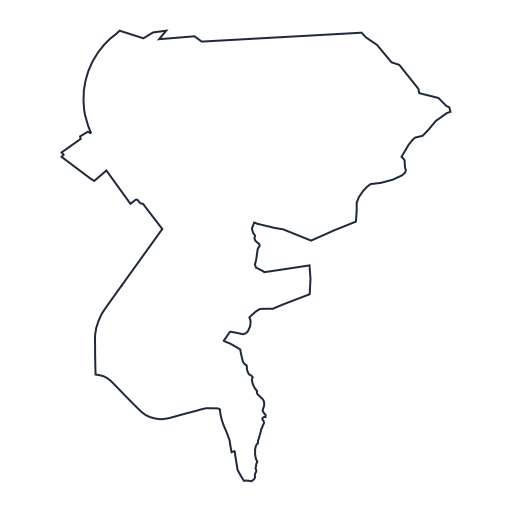 Kosofe, Lagos, Nigeria (Albers equal-area conic projection)
{"feature_id": "59680162B6009908161486", "entity_name": "Kosofe", "entity_type": "district", "adm_level": 2, "iso_a3": "NGA", "parent_name": "Nigeria", "parent_adm1": "Lagos", "projection": "albers", "projection_center": [3.4, 6.587], "detail": "fine", "context": "isolated", "style": "outline", "palette": "slate", "viewbox_px": 512, "rotation_deg": 0, "n_neighbors": 0, "source": "geoboundaries", "source_scale": "gbopen_adm2", "svg_char_len": 3975}
<svg xmlns="http://www.w3.org/2000/svg" viewBox="0 0 512 512"><path d="M95.8,374.6L98.7,375.0L101.2,375.6L103.7,376.3L106.6,377.8L108.7,379.2L110.9,381.0L117.4,387.6L125.9,396.4L133.3,403.9L140.2,410.7L140.9,411.4L142.7,412.8L144.7,414.3L145.7,415.1L150.4,417.2L153.6,418.1L154.7,418.4L158.7,419.1L162.3,419.2L168.4,418.3L174.3,416.7L179.6,415.2L182.1,414.5L197.0,410.6L202.5,409.0L206.0,408.3L207.1,408.2L212.3,408.3L216.3,408.3L217.7,408.4L219.3,409.0L220.0,409.6L220.0,409.9L219.9,410.1L220.0,411.1L220.4,413.9L221.9,420.5L224.0,426.2L226.4,431.8L226.7,432.6L227.4,434.3L229.2,439.3L229.6,440.5L229.7,441.1L229.8,441.7L229.9,442.5L230.1,444.0L231.0,449.2L231.6,452.2L232.3,451.9L233.6,451.5L234.4,451.2L234.7,451.5L234.9,452.4L235.2,455.4L236.9,465.6L237.6,470.0L241.6,477.2L243.9,480.8L245.8,480.6L248.2,480.7L250.1,481.0L251.4,481.3L252.5,480.5L253.9,479.4L254.9,477.8L255.1,477.1L254.9,475.6L254.9,474.9L255.2,473.6L255.6,472.7L256.1,471.9L256.3,471.1L256.2,470.4L256.1,469.6L255.6,468.9L255.5,468.5L255.6,467.9L255.9,467.1L256.1,465.2L256.2,464.5L256.6,463.2L257.3,461.8L256.9,460.9L256.0,459.0L255.5,457.0L255.4,455.7L255.2,455.1L255.0,453.9L255.1,452.5L255.1,452.0L255.1,450.3L255.2,448.9L255.3,448.1L255.8,446.3L256.6,444.5L257.2,443.8L257.8,443.5L258.0,441.8L258.1,440.5L259.0,437.9L261.0,430.6L261.1,430.3L261.1,429.5L261.3,428.9L262.0,428.1L262.4,426.6L262.8,425.6L263.4,424.4L263.8,423.6L264.1,423.0L263.5,420.8L262.8,420.1L262.5,419.6L262.3,418.9L262.4,418.5L262.6,418.1L263.3,417.4L264.0,417.0L264.8,417.0L265.5,417.1L265.6,416.7L265.6,415.6L265.6,414.9L264.7,414.0L263.5,412.4L262.6,410.7L262.8,409.8L263.3,408.1L263.9,406.5L264.2,404.8L264.2,403.2L263.9,401.6L263.4,400.3L262.7,399.2L261.4,397.9L258.9,395.5L257.7,394.4L257.1,393.4L256.9,392.7L256.9,391.9L257.1,391.0L256.7,390.6L255.2,388.7L254.2,387.1L253.3,385.2L252.5,383.0L252.1,381.0L251.9,379.7L251.9,379.1L252.6,377.9L252.7,377.2L251.6,375.9L250.4,375.0L249.3,374.6L248.3,373.1L247.5,371.2L247.2,370.2L246.9,369.0L246.9,367.2L246.5,365.2L245.6,364.9L244.0,363.4L243.0,361.7L242.0,358.1L241.1,354.2L240.2,349.4L231.3,344.2L229.7,343.4L226.9,342.3L224.2,341.1L224.2,340.8L223.9,340.6L229.8,332.0L230.2,331.7L237.1,332.9L242.7,334.2L243.4,334.1L244.2,333.8L245.3,333.5L246.0,333.0L247.0,332.2L247.8,331.3L248.4,330.3L248.9,329.0L249.4,328.0L250.2,325.8L250.5,323.5L250.6,322.0L250.2,319.4L249.4,317.4L251.5,315.3L255.6,311.7L259.4,309.2L261.3,308.9L271.1,308.7L272.1,309.0L283.7,304.2L293.0,300.6L309.7,294.2L310.5,278.8L309.5,265.4L264.3,272.2L264.2,271.8L255.9,267.5L254.9,264.5L256.2,259.7L257.7,249.0L259.6,245.9L259.5,244.4L255.4,240.8L254.4,238.1L255.1,235.7L252.9,232.4L251.9,228.5L254.2,222.5L257.4,223.8L274.5,227.9L283.0,229.3L311.1,240.6L334.7,230.1L355.9,221.6L356.7,211.1L356.7,202.7L358.9,197.1L363.2,190.8L366.7,187.1L370.5,184.1L380.7,182.9L392.7,179.7L399.4,176.6L402.3,175.2L405.3,172.4L405.8,169.9L405.0,167.5L404.8,164.5L404.6,160.4L403.2,158.4L401.5,156.8L408.8,144.5L412.8,139.6L415.1,137.6L422.6,135.8L428.0,130.3L435.8,120.9L446.8,113.1L450.4,111.8L449.3,107.3L446.4,106.0L445.6,105.2L438.5,98.0L419.3,93.2L418.3,88.7L399.3,64.9L391.5,62.3L377.1,45.0L365.7,37.2L361.6,32.7L201.7,41.6L194.5,36.3L159.1,39.2L166.2,30.7L153.2,32.4L143.4,38.3L119.6,30.7L116.7,33.5L110.0,38.8L104.5,44.3L98.4,51.9L94.0,59.0L91.6,63.5L88.4,70.9L86.3,77.9L85.9,79.5L85.1,82.9L83.8,90.7L83.8,92.8L83.5,100.6L84.0,108.1L84.3,110.7L85.0,114.9L86.9,121.6L88.3,126.3L90.9,132.6L90.3,133.1L87.9,131.7L80.1,136.4L80.7,138.9L61.6,152.4L63.6,154.7L61.6,156.9L90.6,178.7L94.3,180.9L106.4,170.5L114.1,181.2L130.4,203.8L135.8,199.7L137.4,199.8L139.4,202.3L140.9,203.5L143.0,203.8L147.2,209.4L162.3,229.0L161.8,229.7L146.1,251.5L129.7,274.3L125.8,279.8L121.9,285.2L121.5,285.7L121.7,285.8L120.1,287.7L116.0,293.4L105.3,308.4L102.5,312.6L100.9,315.4L99.2,319.5L98.7,320.5L96.3,327.7L95.1,334.8L95.0,341.1L95.1,348.0L95.1,353.7L95.4,369.5L95.6,374.6L95.8,374.6Z" fill="none" stroke="#1e293b" stroke-width="2"/></svg>